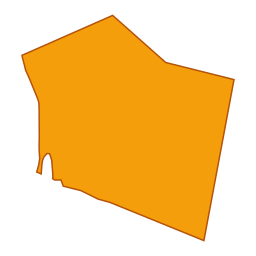 Rois, Palau
{"feature_id": "81905179B53206837764533", "entity_name": "Rois", "entity_type": "district", "adm_level": 2, "iso_a3": "PLW", "parent_name": "Palau", "parent_adm1": "", "projection": "robinson", "projection_center": [134.13, 6.908], "detail": "fine", "context": "isolated", "style": "filled", "palette": "amber", "viewbox_px": 256, "rotation_deg": 0, "n_neighbors": 0, "source": "geoboundaries", "source_scale": "gbopen_adm2", "svg_char_len": 534}
<svg xmlns="http://www.w3.org/2000/svg" viewBox="0 0 256 256"><path d="M165.7,62.5L112.6,15.4L22.0,55.3L22.4,57.5L24.6,65.9L25.6,70.1L29.5,78.8L36.2,95.1L38.1,99.9L38.9,103.1L39.1,108.3L39.3,135.9L39.1,146.2L39.2,151.6L39.7,158.5L38.8,164.5L37.3,170.0L36.7,172.0L41.2,173.9L41.9,164.6L42.6,160.2L44.0,156.8L47.0,153.5L49.6,153.7L51.7,160.2L52.7,173.1L52.9,177.3L52.6,178.6L54.6,180.0L61.0,180.0L63.3,186.2L80.9,190.6L98.3,199.2L109.7,202.3L203.9,240.6L234.0,79.6L165.7,62.5Z" fill="#f59e0b" stroke="#b45309" stroke-width="1.5"/></svg>